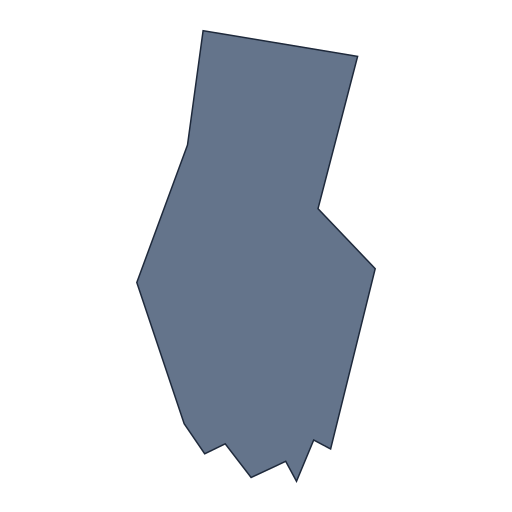 the district of Kapoeta North, Eastern Equatoria, South Sudan
{"feature_id": "79223893B90459000801703", "entity_name": "Kapoeta North", "entity_type": "district", "adm_level": 2, "iso_a3": "SSD", "parent_name": "South Sudan", "parent_adm1": "Eastern Equatoria", "projection": "natural_earth1", "projection_center": [33.472, 5.308], "detail": "fine", "context": "isolated", "style": "filled", "palette": "slate", "viewbox_px": 512, "rotation_deg": 0, "n_neighbors": 0, "source": "geoboundaries", "source_scale": "gbopen_adm2", "svg_char_len": 322}
<svg xmlns="http://www.w3.org/2000/svg" viewBox="0 0 512 512"><path d="M330.6,449.0L375.2,268.7L318.0,208.7L357.6,56.4L203.1,30.7L187.5,145.0L136.8,282.5L184.2,423.8L184.7,424.5L204.7,453.8L225.2,443.8L251.1,477.5L285.7,461.3L296.5,481.3L313.7,440.0L330.6,449.0Z" fill="#64748b" stroke="#1e293b" stroke-width="1.5"/></svg>